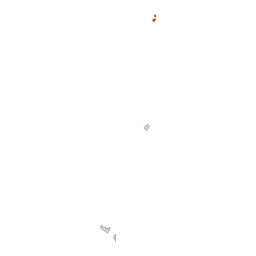 location of Niuatoputapu, Tonga
{"feature_id": "48082658B65008751810266", "entity_name": "Niuatoputapu", "entity_type": "district", "adm_level": 2, "iso_a3": "TON", "parent_name": "Tonga", "parent_adm1": "", "projection": "natural_earth1", "projection_center": [-173.776, -15.91], "detail": "fine", "context": "in_parent", "style": "filled", "palette": "amber", "viewbox_px": 256, "rotation_deg": 0, "n_neighbors": 0, "source": "geoboundaries", "source_scale": "gbopen_adm2", "svg_char_len": 1132}
<svg xmlns="http://www.w3.org/2000/svg" viewBox="0 0 256 256"><path d="M107.3,229.3L107.8,229.3L108.3,228.1L110.1,227.7L109.9,229.0L107.5,233.1L105.9,231.5L101.4,228.9L100.5,226.8L102.0,225.3L101.8,226.5L102.6,227.1L105.1,227.3L107.4,228.4L106.0,228.8L107.3,229.3ZM148.1,127.7L146.8,130.1L146.2,130.1L144.7,128.7L144.2,127.8L146.5,125.0L147.6,124.8L149.2,125.7L149.1,126.5L148.1,127.7ZM115.7,234.6L115.5,240.6L113.9,237.9L113.7,236.6L115.4,234.7L115.7,234.6Z" fill="#d9dde1" stroke="#a8b0b8" stroke-width="1"/><path d="M154.4,20.6L154.5,20.4L154.7,20.2L154.8,20.1L154.9,19.9L155.0,19.8L155.1,19.7L155.1,19.4L155.0,19.1L154.9,19.0L154.7,19.4L154.6,19.5L154.4,19.6L154.2,19.6L153.9,19.7L153.7,19.7L153.6,19.8L153.4,19.8L153.4,20.0L153.4,20.3L153.5,20.3L153.4,20.5L153.5,20.9L153.6,21.0L153.8,21.1L154.0,21.1L154.2,20.9L154.4,20.6ZM155.1,15.5L155.1,15.4L154.9,15.4L154.9,15.5L154.9,15.8L154.9,16.0L155.0,16.2L155.0,16.3L155.3,16.3L155.4,16.2L155.5,16.2L155.5,15.9L155.4,15.8L155.3,15.7L155.2,15.6L155.1,15.5ZM153.3,19.9L153.2,19.9L153.1,20.0L153.3,20.1L153.3,19.9L153.3,19.9Z" fill="#f59e0b" stroke="#b45309" stroke-width="1.5"/></svg>